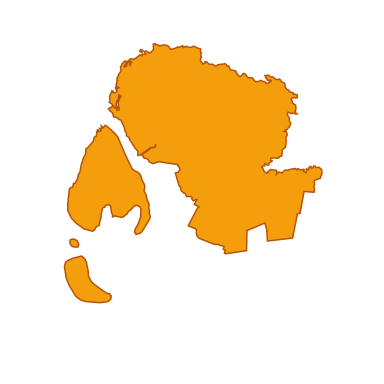 Canal - Fanafo, Sanma, Vanuatu, rotated 109°
{"feature_id": "77236927B64905396997634", "entity_name": "Canal - Fanafo", "entity_type": "district", "adm_level": 2, "iso_a3": "VUT", "parent_name": "Vanuatu", "parent_adm1": "Sanma", "projection": "albers", "projection_center": [167.121, -15.5], "detail": "fine", "context": "isolated", "style": "filled", "palette": "amber", "viewbox_px": 384, "rotation_deg": 109, "n_neighbors": 0, "source": "geoboundaries", "source_scale": "gbopen_adm2", "svg_char_len": 5982}
<svg xmlns="http://www.w3.org/2000/svg" viewBox="0 0 384 384"><g transform="rotate(109 192 192)"><path d="M63.6,274.9L64.7,276.8L69.8,274.8L73.7,276.5L74.3,277.5L73.6,281.7L74.7,282.6L77.0,280.7L77.7,283.9L79.2,283.5L79.7,284.0L79.1,284.8L79.3,285.9L84.1,288.8L85.5,290.5L85.8,293.0L87.1,294.4L87.8,294.1L88.5,294.7L88.8,291.4L92.4,291.7L91.5,292.8L90.1,292.8L89.3,293.8L90.0,295.1L90.0,296.4L91.8,294.8L93.1,295.8L94.4,294.8L94.6,296.0L95.9,296.6L95.0,297.2L92.7,296.1L89.8,296.6L90.3,298.3L93.3,299.9L96.4,299.9L96.9,300.4L100.1,298.7L102.8,299.0L104.5,299.8L106.0,299.4L108.5,300.1L109.8,299.7L110.6,298.8L111.5,299.2L113.7,298.5L114.9,298.9L117.2,297.3L117.0,295.1L118.5,295.9L117.7,297.0L117.7,298.3L118.6,298.2L121.1,295.8L121.9,295.8L123.3,297.2L123.5,298.7L122.4,299.4L122.4,300.7L124.0,300.2L124.8,300.9L128.8,301.0L131.5,299.6L134.3,299.3L134.7,297.0L135.8,294.7L137.1,293.4L137.1,290.8L135.9,290.1L135.0,291.9L132.8,292.5L131.8,292.0L130.3,292.8L129.6,291.8L123.9,292.8L123.9,292.0L125.4,291.0L124.7,290.5L125.4,290.3L127.1,291.3L127.5,290.7L130.8,291.2L135.7,289.0L136.9,289.5L136.6,288.2L138.1,287.6L139.2,289.7L137.8,290.5L137.3,293.8L136.8,294.7L137.3,295.9L138.6,296.2L140.4,298.2L141.9,296.3L143.1,293.0L146.4,290.5L146.1,287.4L147.2,284.7L147.2,282.6L151.4,278.5L154.6,276.0L155.9,275.6L157.1,273.5L160.3,272.3L160.5,270.6L161.6,268.6L163.1,267.8L164.8,265.0L166.9,263.2L167.3,261.8L168.9,260.5L171.1,256.4L175.1,255.1L173.4,252.6L163.7,245.8L161.7,241.9L158.8,242.0L159.9,241.4L161.8,241.6L163.9,245.6L165.6,246.2L173.5,251.9L174.2,249.8L175.7,248.2L175.1,245.8L175.7,244.2L177.6,241.8L177.9,238.0L174.2,233.4L170.7,214.3L171.5,214.0L173.5,211.5L175.0,210.7L177.8,211.4L179.4,214.0L190.7,206.0L190.9,204.5L194.4,202.6L195.7,199.5L195.5,198.0L198.1,195.7L196.7,191.6L197.4,189.9L198.6,190.0L199.8,188.2L199.8,187.6L198.2,186.3L197.6,185.1L203.0,185.7L203.7,180.4L205.3,181.6L225.2,184.6L225.6,176.5L227.5,174.9L229.5,174.6L231.8,173.1L233.5,170.2L234.2,153.3L233.3,151.8L233.1,143.8L236.1,143.8L236.1,141.5L239.2,141.5L239.3,139.8L229.7,121.3L210.6,127.5L197.6,113.0L203.3,109.1L213.8,104.7L202.8,81.9L178.2,85.2L177.1,82.9L155.0,86.2L152.5,76.5L149.5,77.0L147.7,78.5L144.4,78.6L142.8,79.7L141.1,80.1L137.5,75.3L132.3,75.1L128.6,76.7L127.3,79.8L128.4,82.5L127.5,84.5L127.8,85.5L129.6,85.4L130.1,85.9L130.5,87.0L129.1,87.9L129.3,88.4L130.7,89.4L133.1,89.4L133.0,91.4L136.6,90.4L136.4,93.1L134.5,93.2L134.2,94.0L135.8,96.0L135.5,99.5L136.9,100.1L136.1,101.8L138.7,106.7L140.2,108.3L140.5,110.1L141.7,111.8L144.6,112.9L144.7,116.3L147.8,118.0L144.6,118.5L143.9,119.4L144.7,121.6L145.0,124.8L147.9,126.9L149.4,126.7L149.8,127.2L149.1,130.4L145.9,133.3L145.9,134.2L144.1,133.4L143.6,131.7L141.9,132.6L141.2,132.2L142.1,129.2L141.4,128.1L139.5,128.6L136.9,126.3L136.4,126.4L136.5,128.0L134.3,128.3L132.8,124.8L132.3,122.1L131.2,120.9L130.0,120.7L129.0,119.1L128.2,118.9L122.5,120.4L119.8,118.4L118.7,118.3L113.3,119.5L109.9,120.9L106.9,120.5L104.5,122.2L104.5,124.4L103.9,123.4L103.2,124.0L102.4,122.8L98.7,121.1L94.8,120.9L93.2,123.1L90.6,123.8L88.0,126.8L86.4,127.5L85.1,127.1L85.7,124.2L84.4,122.5L84.6,119.7L84.1,118.4L83.9,119.4L82.6,119.8L82.3,120.8L79.4,120.8L76.1,122.3L75.1,126.4L73.5,126.8L71.9,128.3L71.3,128.4L70.1,127.3L69.3,125.9L69.4,124.3L68.3,123.1L65.8,124.3L65.9,126.1L66.7,128.0L65.4,128.4L65.3,132.4L64.1,134.2L64.0,135.8L62.4,138.1L59.2,139.5L58.5,141.4L59.0,143.1L57.4,144.5L56.8,146.0L58.3,148.8L56.9,153.3L57.6,155.2L56.6,157.7L57.6,159.4L58.1,161.6L58.5,159.9L60.1,159.7L60.1,158.4L61.4,157.6L61.8,155.9L60.5,154.4L61.0,153.3L62.0,153.5L62.6,154.7L64.5,155.2L64.9,157.2L64.0,159.5L64.4,160.4L64.1,163.5L65.5,164.7L67.0,167.6L65.5,170.8L64.4,171.7L64.8,174.1L65.6,175.1L65.4,176.9L63.1,180.0L63.0,181.9L66.3,183.4L67.2,184.3L67.1,185.2L65.5,188.1L63.4,189.8L63.4,192.8L64.1,194.3L62.9,196.6L60.9,198.4L61.5,200.2L60.4,200.9L59.9,202.2L63.0,208.6L65.0,210.2L65.5,211.3L64.4,213.6L65.6,217.5L64.2,220.5L64.5,222.0L65.6,221.6L67.4,223.6L65.0,226.7L63.2,227.4L61.5,226.8L60.7,227.9L59.0,228.6L57.4,228.3L56.4,229.9L54.2,230.2L53.8,230.8L54.1,232.5L53.6,238.1L55.4,239.6L56.2,242.4L55.9,244.6L57.3,245.8L57.0,247.1L58.1,247.5L56.8,248.6L59.5,251.5L59.6,253.0L61.5,254.6L63.8,258.1L63.9,259.2L62.1,261.2L61.5,263.9L62.4,267.3L64.6,270.3L64.0,271.5L64.4,273.6L63.6,274.9ZM232.1,268.7L231.3,266.6L231.7,264.4L237.2,261.7L240.7,258.8L241.9,259.6L239.7,257.0L238.9,250.4L238.1,249.0L233.5,246.1L231.7,246.0L229.6,244.5L224.1,242.0L222.6,240.2L222.7,236.9L224.3,234.9L232.6,232.4L239.3,232.5L246.0,233.7L248.6,233.1L250.3,231.1L248.2,228.0L246.2,226.5L231.4,223.2L228.7,223.5L226.2,225.5L224.5,225.7L220.9,227.7L217.1,228.8L213.9,232.0L210.5,233.8L206.3,237.8L203.6,238.0L200.6,239.2L197.2,242.9L193.4,245.7L192.0,247.2L190.9,249.7L190.8,252.2L189.7,256.0L179.3,266.4L164.2,280.0L161.0,285.3L160.8,286.8L159.9,287.9L157.1,295.1L157.6,296.0L160.1,296.9L159.0,299.3L161.3,298.1L161.9,299.9L163.4,298.0L164.3,298.2L165.0,299.8L163.9,300.3L164.2,301.6L165.6,300.6L166.0,301.9L167.4,301.0L170.3,300.9L172.0,302.2L176.3,301.9L184.2,305.1L185.5,306.3L191.1,305.0L195.3,305.8L202.3,305.6L209.4,304.5L213.0,305.2L213.5,304.7L218.3,304.7L221.8,305.4L222.6,306.9L226.1,306.4L227.4,308.2L229.1,308.9L244.0,305.6L250.2,303.2L255.8,297.8L259.1,291.7L262.0,282.1L261.5,273.2L258.6,271.4L256.5,271.4L253.5,268.8L249.5,269.7L246.5,269.5L243.3,270.5L236.2,271.3L234.4,269.3L233.3,269.5L232.1,268.7ZM304.3,288.3L314.5,282.8L320.5,277.5L328.4,267.9L329.7,264.7L330.4,260.5L330.1,256.6L326.8,243.4L323.1,235.9L319.8,233.9L316.6,234.5L315.1,236.9L315.4,239.8L314.3,244.2L311.0,254.9L309.3,258.3L305.2,262.5L300.2,264.6L292.8,269.0L290.0,271.8L288.5,275.6L293.7,283.5L297.8,287.7L299.7,288.7L304.3,288.3ZM275.4,284.9L274.9,288.5L276.4,291.2L277.4,291.5L279.9,290.9L282.1,288.5L282.5,286.2L281.3,282.1L279.8,281.7L278.1,282.2L275.4,284.9ZM74.7,284.1L74.0,284.6L74.0,287.0L76.0,287.3L76.4,285.6L75.7,284.5L74.7,284.1Z" fill="#f59e0b" stroke="#b45309" stroke-width="1.5"/></g></svg>